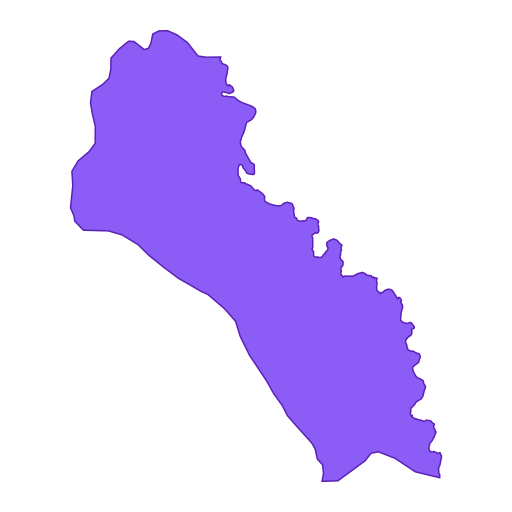 Montes, Canelones, Uruguay
{"feature_id": "84410073B70597198531673", "entity_name": "Montes", "entity_type": "district", "adm_level": 2, "iso_a3": "URY", "parent_name": "Uruguay", "parent_adm1": "Canelones", "projection": "natural_earth1", "projection_center": [-55.521, -34.52], "detail": "fine", "context": "isolated", "style": "filled", "palette": "violet", "viewbox_px": 512, "rotation_deg": 0, "n_neighbors": 0, "source": "geoboundaries", "source_scale": "gbopen_adm2", "svg_char_len": 6055}
<svg xmlns="http://www.w3.org/2000/svg" viewBox="0 0 512 512"><path d="M439.7,477.7L439.6,475.9L439.8,475.4L439.6,474.3L439.2,474.0L438.7,472.9L438.8,471.4L438.5,469.3L438.9,467.8L438.9,466.8L439.1,466.3L439.5,466.1L440.2,463.8L440.8,460.1L441.5,457.7L441.4,455.6L440.8,454.8L440.5,453.5L439.9,452.7L439.6,452.7L438.9,453.4L438.4,453.4L437.7,453.3L436.4,452.4L435.5,452.3L434.0,451.6L433.5,451.5L432.6,452.0L432.0,452.0L430.1,451.3L429.6,450.8L429.3,450.0L428.8,448.0L430.0,443.0L431.5,441.5L432.4,440.2L433.1,438.6L434.0,437.4L435.0,434.8L435.0,434.2L435.8,432.9L436.0,432.1L436.0,431.8L435.5,431.7L435.2,431.1L434.9,429.6L434.2,428.4L433.6,426.7L433.7,425.6L434.4,424.7L434.2,423.9L432.3,422.8L431.2,421.3L430.2,420.8L428.2,420.4L426.2,420.2L425.8,420.4L425.3,421.1L424.3,421.4L420.1,420.0L417.9,419.6L415.5,418.5L414.7,418.7L414.1,418.5L412.8,417.3L411.8,416.8L412.4,415.8L412.2,415.3L410.5,414.8L410.2,414.3L410.9,411.2L410.7,409.1L411.3,407.9L414.0,405.2L414.9,404.2L415.6,402.7L416.2,402.1L417.2,401.2L421.1,399.0L422.6,396.8L423.2,395.1L424.3,390.2L425.3,388.3L425.5,386.8L425.1,385.7L423.7,383.6L423.4,381.4L423.1,380.6L420.2,378.9L418.0,378.0L416.2,376.6L415.2,375.1L414.6,373.8L413.8,372.6L412.9,370.2L412.6,368.6L413.0,366.9L413.6,366.1L418.3,362.6L418.8,361.9L418.9,360.7L420.1,357.8L420.2,356.3L419.8,354.8L418.8,353.7L415.6,352.7L413.0,351.1L412.7,351.0L411.5,351.4L408.2,349.9L407.2,347.8L406.7,344.9L405.5,341.9L405.7,340.6L406.7,338.3L407.1,338.4L407.3,337.9L408.4,337.1L409.2,336.1L409.7,335.7L410.0,335.9L410.5,335.7L410.8,335.4L411.5,334.2L411.8,332.9L412.0,331.0L411.5,330.3L411.5,329.8L411.9,329.1L413.2,328.8L414.3,328.0L414.3,326.8L411.9,323.6L411.0,322.7L409.7,322.5L407.7,323.4L404.4,322.9L402.7,322.2L400.8,320.4L400.6,319.5L401.1,312.8L402.6,307.3L402.3,304.6L400.8,302.7L400.6,302.1L400.7,301.7L401.3,301.4L401.4,300.9L401.0,299.4L399.9,297.8L398.9,297.4L398.3,297.5L398.1,297.7L398.3,298.2L398.1,298.7L397.4,298.5L396.3,297.0L395.8,295.5L395.0,294.9L394.2,293.2L393.2,292.1L392.9,291.0L391.1,289.8L389.8,289.3L388.0,289.2L384.9,290.3L383.8,291.3L383.3,292.0L381.1,292.7L381.0,293.4L380.6,293.6L380.1,293.4L378.7,291.8L377.7,291.4L377.0,290.3L376.6,288.1L377.0,282.7L376.4,281.1L377.0,278.3L376.7,278.0L375.5,277.9L374.4,278.4L374.2,277.4L373.4,277.0L372.5,277.2L371.6,276.9L371.4,275.9L371.1,275.7L366.8,275.2L366.1,274.3L365.1,273.6L362.4,272.4L356.9,273.9L356.6,274.1L356.1,275.0L355.1,275.0L352.8,276.1L351.7,276.2L350.6,276.0L347.8,276.4L346.3,275.9L344.9,276.1L343.7,276.9L343.2,276.9L342.8,276.6L342.6,276.1L341.1,274.6L340.7,272.8L341.4,271.4L340.9,269.0L340.9,268.1L342.9,265.3L343.1,262.2L342.9,261.4L342.5,260.9L341.6,260.4L340.7,259.1L340.3,257.8L340.0,256.1L340.7,254.4L340.5,252.6L340.6,252.1L341.5,250.4L341.1,249.1L341.2,246.8L341.9,245.5L341.9,245.1L339.9,243.6L337.1,240.3L333.7,238.9L330.5,240.1L327.6,241.8L327.1,242.4L326.6,243.7L326.9,245.9L327.1,246.6L327.9,247.5L328.0,248.2L327.5,250.1L326.0,251.8L325.5,251.9L325.3,252.3L325.4,253.3L323.8,254.3L323.1,255.0L322.6,256.2L322.1,256.8L321.0,257.4L318.8,257.5L317.4,256.9L315.1,257.2L314.7,256.9L313.8,255.9L313.6,255.3L313.6,252.1L313.5,251.5L312.0,249.3L312.0,248.9L312.7,247.9L312.8,247.4L312.7,244.0L312.8,241.6L312.6,240.0L312.7,238.4L312.0,236.0L312.1,235.2L312.5,234.8L315.4,232.7L316.9,233.2L318.2,232.4L318.5,231.9L319.0,229.9L318.6,229.1L318.7,226.7L317.9,224.8L317.9,223.1L318.6,222.5L318.4,221.2L318.1,220.6L316.6,219.4L314.9,218.7L313.1,218.4L311.4,217.7L309.0,217.5L307.5,217.6L307.1,217.9L306.7,219.5L304.9,221.0L304.2,221.1L303.5,220.7L301.6,221.1L299.1,221.0L297.8,220.5L297.1,219.8L296.6,218.4L296.3,218.0L295.2,217.6L294.6,216.7L294.3,215.7L293.5,210.0L293.6,209.4L294.0,209.1L294.0,208.0L293.6,207.3L292.6,204.7L292.1,203.7L291.5,203.4L287.4,202.3L285.2,202.8L283.2,203.7L282.0,205.1L280.4,205.7L278.8,205.9L275.3,205.5L269.7,204.0L265.3,201.5L264.8,201.0L264.5,199.7L264.5,198.4L264.7,197.1L264.6,196.4L263.8,195.3L263.4,194.6L260.2,191.9L259.1,191.3L257.6,189.9L257.2,189.9L256.7,190.5L256.1,190.7L255.0,190.3L254.3,189.8L252.2,187.6L251.4,186.4L250.9,186.0L248.2,184.6L246.1,183.9L244.2,182.7L241.7,182.8L241.1,182.5L240.7,181.9L240.3,178.9L238.3,175.5L238.1,174.0L238.0,169.4L238.2,167.5L238.7,166.7L238.8,165.7L239.6,164.7L240.9,164.6L241.8,165.0L242.4,165.6L243.1,167.9L244.9,169.8L245.9,171.4L246.6,172.9L247.0,173.3L249.3,174.0L253.5,174.5L253.9,174.4L254.4,173.3L254.5,171.5L254.1,167.8L254.4,165.7L254.2,164.7L253.1,163.6L251.6,163.0L250.9,162.5L250.4,161.7L246.3,154.5L245.4,152.7L245.0,150.8L244.4,149.7L242.1,147.4L241.4,146.5L240.8,144.9L240.3,142.0L241.9,136.3L243.2,133.8L244.1,131.7L246.4,123.1L246.9,122.3L247.8,121.7L250.7,120.2L251.8,119.3L253.8,116.9L255.7,112.9L255.8,110.4L255.1,108.6L252.8,106.9L250.4,105.6L249.0,105.2L242.7,102.8L239.6,101.3L238.4,100.7L234.4,97.2L232.5,96.9L228.5,96.8L226.7,96.0L225.7,96.4L224.4,96.4L222.8,95.9L222.1,95.2L221.7,94.4L221.6,93.5L221.7,92.8L222.3,92.3L223.0,92.0L224.0,92.0L225.8,92.5L227.5,92.7L228.4,93.4L229.6,93.5L233.2,91.8L233.5,91.4L233.7,90.0L232.5,87.4L232.0,86.7L230.6,85.8L230.0,85.0L229.2,84.8L228.4,85.9L228.0,85.9L227.3,84.8L226.7,84.6L226.3,84.1L225.8,81.4L225.8,78.4L227.2,73.0L227.3,71.2L227.9,68.3L227.8,67.4L227.3,66.1L226.7,65.6L225.9,65.0L222.3,63.6L221.7,62.6L221.0,61.1L220.2,60.4L220.1,58.6L220.7,57.0L206.1,57.2L198.0,56.0L187.4,42.5L176.9,34.8L167.5,30.7L158.9,30.9L152.8,34.0L150.9,43.3L148.5,48.2L144.3,49.6L134.0,41.5L128.7,41.2L119.5,48.6L111.0,58.1L110.8,69.2L109.0,78.3L102.4,84.6L91.9,91.5L90.5,102.9L92.3,113.8L95.3,126.2L95.2,143.3L89.2,151.5L78.1,160.9L71.9,171.3L72.8,185.5L70.5,207.8L73.8,215.4L74.8,221.2L83.4,230.2L108.4,230.9L122.1,234.9L137.9,244.5L149.5,255.9L164.2,267.6L178.1,278.1L201.5,291.6L207.8,294.4L224.5,308.7L235.6,321.4L240.3,336.6L249.6,355.4L266.9,381.4L273.8,393.7L282.1,405.3L287.7,416.0L296.9,426.5L311.7,442.9L315.1,448.8L317.4,459.2L322.6,464.9L323.5,473.4L322.1,481.3L337.9,480.8L365.1,460.8L371.1,453.2L378.4,451.8L395.0,458.3L415.3,471.8L439.7,477.7Z" fill="#8b5cf6" stroke="#5b21b6" stroke-width="1.5"/></svg>